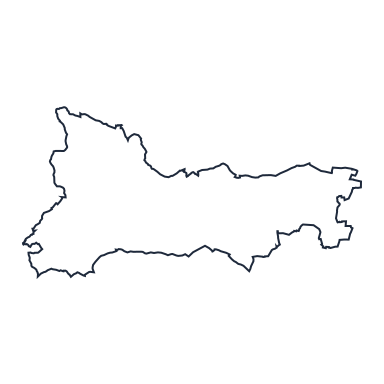 outline of Taga, Cluj, Romania
{"feature_id": "2599482B54670496725150", "entity_name": "Taga", "entity_type": "district", "adm_level": 2, "iso_a3": "ROU", "parent_name": "Romania", "parent_adm1": "Cluj", "projection": "robinson", "projection_center": [24.058, 46.951], "detail": "fine", "context": "isolated", "style": "outline", "palette": "slate", "viewbox_px": 384, "rotation_deg": 0, "n_neighbors": 0, "source": "geoboundaries", "source_scale": "gbopen_adm2", "svg_char_len": 5940}
<svg xmlns="http://www.w3.org/2000/svg" viewBox="0 0 384 384"><path d="M93.9,272.3L92.6,268.8L92.6,267.3L93.1,264.9L95.4,261.8L99.6,257.1L101.2,255.8L104.0,255.1L107.6,253.4L110.0,252.7L112.3,252.5L116.4,251.1L115.9,249.6L117.5,249.9L118.6,249.1L120.9,249.3L122.4,249.8L124.3,251.2L127.4,252.4L130.6,251.4L133.3,251.8L140.9,251.7L142.8,251.9L145.0,253.3L146.4,253.6L150.8,252.4L154.0,253.0L157.9,252.4L161.2,252.7L165.7,254.2L167.9,255.2L171.2,254.1L172.5,254.0L176.4,255.5L178.2,255.9L182.3,255.5L185.2,254.2L188.6,256.5L193.1,252.2L205.0,245.8L209.1,248.1L211.9,250.5L212.4,251.5L212.9,251.3L214.5,250.0L214.6,249.3L215.8,249.3L218.8,250.2L220.7,251.2L226.2,252.8L229.7,254.5L228.7,255.9L232.0,259.4L234.1,261.2L235.8,262.0L238.3,263.9L240.8,264.5L243.5,265.8L249.2,271.2L250.3,269.0L251.1,266.1L253.4,261.3L253.5,259.1L252.7,256.9L257.2,256.1L262.8,256.7L263.1,257.0L264.8,256.8L264.9,256.4L268.2,256.2L271.8,250.1L272.8,249.4L275.0,248.7L276.7,247.6L276.5,246.4L276.9,246.9L279.1,245.0L279.8,244.6L279.1,242.8L278.1,237.9L278.1,236.6L277.4,232.7L277.4,231.2L277.8,231.2L277.9,232.3L278.5,233.3L283.1,233.2L289.0,234.8L292.0,232.5L294.1,231.4L294.2,230.9L296.3,231.3L296.6,230.5L298.7,231.0L299.1,230.1L299.2,229.1L300.0,228.3L300.5,226.8L301.6,225.5L303.0,224.5L313.6,225.2L319.2,229.1L320.3,231.7L320.4,232.4L318.8,238.1L319.2,239.2L320.7,239.0L322.1,243.9L321.3,244.6L323.3,246.4L322.9,247.5L325.8,248.2L326.1,246.9L327.0,246.9L328.8,247.0L328.8,247.6L330.0,247.7L330.2,248.0L330.5,248.0L335.2,246.7L337.6,246.6L339.3,241.5L339.6,239.9L344.6,239.5L348.7,239.6L350.2,233.4L350.7,232.8L352.5,228.2L351.0,227.4L350.7,226.0L345.6,226.0L346.0,221.3L342.0,221.4L341.8,222.0L339.8,222.2L339.5,221.8L337.7,222.4L337.5,222.2L336.0,218.3L337.1,211.7L337.0,210.5L337.5,207.4L339.3,205.3L339.7,204.5L339.6,203.7L338.2,202.4L337.9,201.8L337.4,201.5L337.4,199.6L337.1,198.4L337.2,197.3L338.4,196.9L339.1,196.1L341.3,195.9L341.5,197.5L344.2,197.4L344.6,200.1L348.7,198.5L351.8,191.9L352.3,189.6L352.9,188.9L353.0,188.0L354.7,188.0L355.5,187.7L358.0,187.9L360.9,187.4L361.0,181.5L353.5,179.8L353.4,179.5L349.8,179.3L351.7,174.7L355.3,175.7L356.4,173.8L357.4,171.1L356.7,170.4L353.4,169.3L353.2,169.5L352.3,169.5L352.4,169.0L351.8,168.8L345.2,167.7L341.2,168.2L332.8,167.6L331.9,170.9L332.0,172.6L331.8,173.1L331.1,173.0L325.0,171.6L321.1,171.0L310.1,164.9L309.8,164.5L309.5,163.3L303.7,165.6L299.2,166.0L299.1,165.7L296.7,165.7L295.1,166.8L291.5,168.1L287.1,170.4L280.3,173.3L275.7,175.9L270.8,175.1L262.6,175.3L259.5,176.4L258.3,177.4L255.3,177.6L252.0,177.1L248.1,175.7L245.3,175.4L242.1,175.9L239.7,175.7L240.0,177.5L238.3,177.9L236.6,177.7L234.8,177.0L235.3,176.4L235.7,174.8L233.1,173.4L230.6,171.1L229.7,170.0L227.5,166.0L224.9,164.2L223.1,163.5L221.2,164.2L220.5,165.0L219.0,165.8L215.7,166.8L213.3,168.4L210.0,168.6L207.5,169.6L202.1,170.0L198.1,171.6L197.8,172.0L198.2,172.9L198.3,175.3L198.2,175.7L195.6,173.8L195.2,174.0L193.5,172.2L193.1,172.1L191.5,172.8L191.2,173.3L188.2,175.6L188.0,176.0L186.7,176.7L186.3,175.7L186.5,173.9L186.3,173.0L184.9,172.1L184.1,172.0L183.2,171.1L184.4,170.3L184.6,169.7L184.6,169.1L180.5,170.8L179.9,170.6L176.7,173.4L172.5,175.9L171.2,175.9L168.6,177.2L164.7,176.6L160.2,174.3L157.4,171.8L154.1,169.4L153.3,168.9L151.9,168.8L151.4,168.1L151.0,166.5L150.3,165.7L148.1,164.8L147.9,164.0L145.9,162.5L145.4,161.2L144.4,160.3L144.6,159.3L145.2,158.4L145.0,154.4L146.4,152.1L146.4,151.7L144.8,148.8L143.3,147.1L142.6,145.7L141.4,144.4L141.3,143.8L141.7,142.6L141.6,141.9L141.0,140.4L140.8,139.4L141.1,138.6L138.4,135.2L134.2,134.1L131.7,135.4L129.1,137.5L128.5,138.4L127.9,140.3L126.8,137.8L125.6,136.7L123.7,131.0L122.2,128.2L120.7,128.2L120.8,125.9L121.7,125.2L121.4,125.0L118.4,125.5L118.5,125.2L117.8,125.2L117.6,125.7L116.0,125.5L115.9,126.9L115.2,128.4L108.5,125.9L107.3,125.2L107.2,124.5L106.5,124.4L106.2,123.8L103.8,124.0L102.4,123.3L102.0,122.7L101.0,121.9L99.1,120.9L95.7,120.3L89.6,116.9L88.2,115.7L85.4,114.3L84.3,114.1L81.9,114.4L80.3,113.4L80.4,117.0L77.6,116.0L75.3,115.5L73.1,114.3L70.0,114.2L69.1,113.3L68.6,111.4L67.3,110.4L67.2,109.4L66.3,108.2L65.4,107.5L64.1,107.2L61.2,108.1L60.0,108.1L58.9,109.0L57.7,108.8L56.6,109.1L56.2,109.8L56.1,112.5L57.3,114.2L57.3,116.1L58.2,118.7L59.9,120.7L59.7,121.4L60.4,121.7L63.2,124.4L64.7,127.9L64.8,129.5L66.0,132.8L67.1,134.3L66.4,136.2L65.6,140.2L65.6,141.4L66.2,144.3L67.1,146.3L67.1,147.5L65.2,150.0L63.8,151.0L55.9,150.9L53.7,151.4L53.3,153.5L52.0,155.5L51.4,157.0L51.0,159.3L50.2,160.2L49.9,161.5L50.4,162.8L51.4,164.4L53.1,166.3L53.7,167.7L54.5,170.5L54.4,172.5L53.8,173.6L53.4,175.0L54.2,177.0L54.4,182.7L54.8,183.5L56.9,186.3L59.7,186.3L60.7,186.6L62.9,187.6L64.0,188.7L64.5,190.8L64.1,193.1L65.4,195.1L65.6,197.4L61.8,197.1L62.1,197.3L62.1,198.5L60.3,201.2L57.6,204.3L56.5,203.2L56.0,203.2L52.8,207.3L51.4,208.1L51.9,209.2L49.0,211.1L43.9,212.9L42.1,215.8L42.0,217.7L42.2,218.2L41.8,219.2L40.2,220.8L39.7,222.9L37.7,224.2L35.8,225.2L33.9,228.1L33.4,228.6L32.5,228.7L33.2,230.8L35.1,230.6L33.6,232.0L33.4,232.6L33.5,233.9L32.2,234.2L32.1,234.7L30.9,234.9L29.5,236.7L27.7,237.5L25.8,238.9L24.6,241.2L25.2,241.1L24.8,241.9L23.0,243.1L23.2,244.3L23.5,244.6L24.6,243.9L26.1,244.4L26.7,244.0L27.9,244.7L28.8,245.8L28.8,246.2L30.3,246.9L31.8,244.3L33.1,243.8L34.6,243.9L36.2,242.7L37.8,244.1L38.8,243.9L41.1,247.8L42.2,249.1L38.4,252.5L38.0,252.7L34.5,252.8L33.8,253.3L31.3,253.0L30.7,252.5L28.5,252.7L28.7,254.8L29.7,257.5L29.7,258.9L29.4,260.2L31.3,263.7L31.4,265.8L32.1,266.8L34.4,268.0L36.3,269.6L36.8,271.1L37.6,272.4L37.8,273.6L38.0,273.9L37.8,276.6L40.9,273.6L44.0,272.1L45.1,271.9L46.5,271.2L47.5,270.3L51.4,268.7L52.5,269.2L56.2,269.8L59.4,271.0L60.6,270.3L63.2,271.3L63.6,271.3L63.7,270.7L65.6,270.7L66.8,271.5L68.2,273.6L69.2,274.5L69.5,274.5L70.9,276.8L73.9,274.2L76.4,273.2L76.6,272.8L77.4,272.3L79.2,273.0L79.9,273.6L83.5,275.5L84.9,275.9L84.8,274.8L89.1,272.0L90.1,271.8L93.9,272.3Z" fill="none" stroke="#1e293b" stroke-width="2"/></svg>